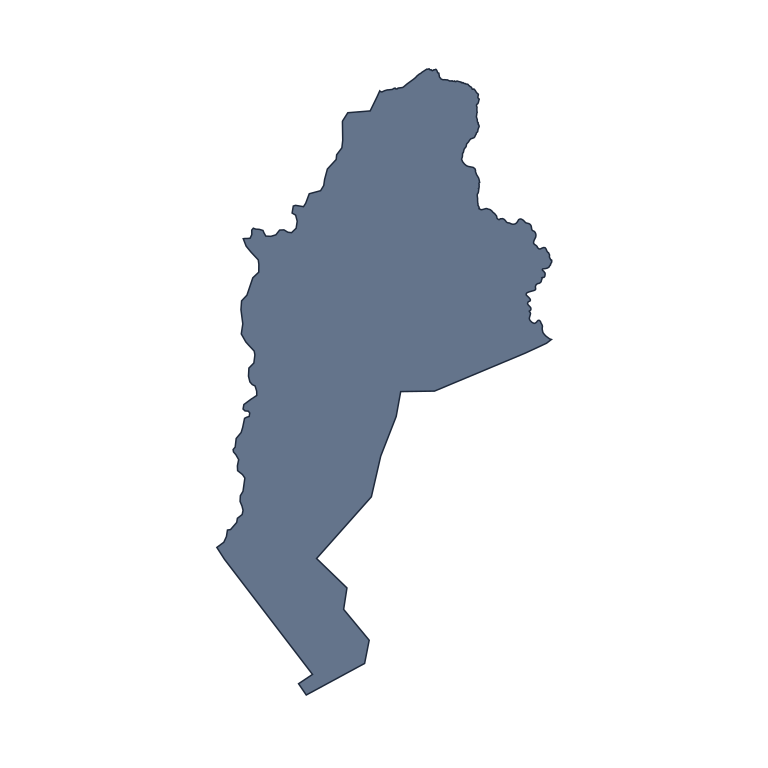 outline of Municipality D, Montevideo, Uruguay, rotated 8°
{"feature_id": "84410073B61220439559316", "entity_name": "Municipality D", "entity_type": "district", "adm_level": 2, "iso_a3": "URY", "parent_name": "Uruguay", "parent_adm1": "Montevideo", "projection": "natural_earth1", "projection_center": [-56.128, -34.798], "detail": "fine", "context": "isolated", "style": "filled", "palette": "slate", "viewbox_px": 768, "rotation_deg": 8, "n_neighbors": 0, "source": "geoboundaries", "source_scale": "gbopen_adm2", "svg_char_len": 6008}
<svg xmlns="http://www.w3.org/2000/svg" viewBox="0 0 768 768"><g transform="rotate(8 384 384)"><path d="M531.1,245.3L531.7,243.7L532.2,243.1L532.4,242.7L532.2,242.2L532.3,241.7L533.0,240.4L533.1,239.7L533.0,238.8L532.9,238.2L532.7,237.9L532.3,238.1L531.9,237.9L530.4,235.7L530.1,235.1L530.0,233.2L528.9,231.5L528.6,231.0L528.1,231.0L527.4,230.4L526.5,229.2L526.0,228.2L525.3,227.3L524.5,226.6L523.8,226.6L522.9,226.7L521.1,227.7L520.4,228.3L519.6,228.6L518.6,228.6L517.7,228.0L516.9,227.4L516.5,226.5L515.4,225.7L513.6,224.8L512.6,223.9L512.4,222.7L512.6,221.0L513.3,218.9L513.8,217.4L513.8,215.8L513.5,214.4L512.7,213.0L511.7,212.0L509.8,211.4L508.9,210.6L508.0,207.7L507.5,206.6L506.5,205.6L505.2,205.0L502.3,204.7L501.5,204.3L499.5,202.7L498.9,202.3L497.1,201.6L496.0,201.6L495.1,202.0L494.4,202.6L493.8,204.2L493.0,205.8L492.4,206.5L491.7,207.1L490.9,207.5L489.4,207.9L487.7,207.7L485.9,207.1L483.9,207.1L483.1,206.8L482.4,206.3L481.7,205.5L480.5,204.5L479.8,204.1L478.4,203.7L477.8,203.9L476.2,204.2L475.2,205.2L474.6,205.2L474.1,205.0L473.0,204.3L472.8,204.0L472.1,202.0L469.8,199.8L468.1,198.9L466.7,197.6L465.0,196.6L464.0,196.4L462.6,196.3L461.7,196.0L460.7,196.0L457.6,197.4L456.1,197.9L455.0,197.7L454.1,197.1L453.7,197.1L453.8,196.5L453.3,195.3L452.1,193.8L452.1,192.6L451.7,191.9L451.5,191.0L451.1,189.1L450.9,187.3L450.1,184.5L450.0,183.0L450.7,181.6L450.8,179.9L450.7,178.4L450.8,177.5L450.4,177.2L450.7,176.8L450.8,176.1L450.7,174.7L450.5,174.3L450.5,173.2L450.1,172.5L450.1,172.0L450.2,171.6L450.7,171.2L449.7,168.3L449.0,166.8L446.4,163.6L446.1,162.9L445.2,161.3L444.9,160.5L445.0,160.1L444.5,158.8L444.0,158.1L442.2,157.1L437.0,156.8L435.2,156.3L433.1,155.0L431.4,153.4L430.9,152.9L429.5,150.5L429.9,148.8L430.0,147.6L429.7,144.8L430.0,144.1L430.3,143.9L430.4,143.3L430.6,140.8L430.7,140.3L431.5,138.8L432.0,138.1L432.3,137.2L432.4,134.9L432.6,134.5L433.9,132.7L434.9,130.5L435.7,129.3L438.8,127.6L439.4,126.8L440.2,124.2L440.5,123.7L440.6,122.3L441.5,121.4L441.7,120.5L441.6,118.8L441.8,118.5L442.0,117.1L442.4,116.0L442.3,115.4L441.9,114.3L441.5,114.1L440.9,113.2L441.1,112.6L440.9,112.1L440.2,111.7L439.6,109.8L439.6,109.2L438.3,106.6L438.3,104.0L438.2,103.3L438.5,102.0L438.1,101.0L437.7,98.8L437.6,96.9L436.9,95.8L436.8,94.7L437.1,94.0L437.7,93.6L438.1,92.8L438.3,91.8L438.5,89.5L438.7,89.0L438.6,88.6L437.4,87.7L437.0,87.0L437.2,84.3L437.0,83.9L436.6,83.5L435.9,83.2L434.9,82.3L434.5,81.9L433.3,80.3L432.9,80.2L432.4,79.8L432.3,79.5L432.1,79.4L431.7,79.4L431.4,79.7L430.4,79.8L430.1,79.4L429.9,78.9L429.2,78.0L428.3,77.5L427.9,77.5L426.8,76.7L426.3,76.5L425.6,75.7L425.1,75.5L423.3,75.5L422.4,75.1L421.7,75.3L421.2,75.1L420.5,74.6L420.1,74.5L419.5,75.0L419.0,74.8L418.5,74.4L418.3,74.6L417.6,74.2L416.1,74.1L414.3,73.8L414.1,73.8L413.5,74.2L413.2,74.5L412.8,74.6L412.5,74.6L411.8,74.1L411.3,74.6L411.0,74.6L409.9,74.5L409.5,74.3L409.2,74.6L408.7,74.4L407.0,74.8L405.9,74.5L404.5,74.0L404.0,74.1L401.6,74.2L400.1,74.5L398.2,74.1L397.9,73.9L397.4,73.2L396.7,72.8L396.3,72.4L395.9,71.4L395.7,70.5L395.3,69.7L395.2,68.9L395.0,68.5L393.8,68.3L393.6,68.0L393.3,67.1L392.8,66.4L392.3,65.7L391.7,65.2L391.3,65.2L390.7,65.8L390.0,65.8L389.6,65.9L389.3,66.4L388.3,66.8L388.2,67.0L387.8,66.9L387.1,66.3L386.8,66.2L386.2,66.5L385.4,66.3L384.8,65.6L383.3,66.3L382.6,66.2L378.2,70.0L376.9,71.5L376.0,72.0L375.4,72.6L373.4,74.8L372.8,75.9L370.6,78.3L365.0,83.7L362.1,87.0L361.1,87.8L357.1,88.9L356.6,89.1L356.3,89.7L355.5,90.0L354.8,90.1L354.1,90.0L354.0,89.5L353.2,89.6L352.2,90.2L351.4,91.1L347.4,92.1L346.3,92.3L343.7,93.5L341.6,94.9L340.9,95.1L339.8,94.9L339.0,94.3L337.2,100.4L332.3,115.5L310.4,120.4L306.5,129.0L306.3,129.9L309.2,148.4L309.4,156.0L305.2,163.6L305.4,168.3L298.0,179.0L296.7,189.7L296.7,195.8L294.3,201.4L283.5,206.0L281.3,215.9L279.6,219.6L271.5,219.4L269.4,220.4L269.2,227.5L273.0,229.1L275.4,234.9L275.3,242.0L271.4,247.0L267.7,247.1L263.5,245.3L259.2,246.1L256.2,251.3L251.5,253.5L246.4,254.0L244.1,251.0L242.8,248.8L239.0,248.2L235.5,248.5L232.9,247.9L231.6,250.0L232.3,254.4L231.1,258.3L228.4,258.9L226.2,259.2L224.4,259.7L228.3,266.7L233.8,271.8L242.2,278.6L243.4,282.9L244.4,290.7L239.3,297.1L235.9,315.1L231.4,321.5L232.0,330.3L235.8,344.1L235.7,354.3L241.3,361.6L244.6,364.4L250.9,369.5L252.1,373.2L252.2,381.3L248.0,387.0L248.7,395.1L250.9,400.6L253.6,402.9L256.6,403.9L258.9,408.8L259.6,413.0L254.3,417.7L248.1,423.8L247.9,428.4L250.1,430.0L253.4,429.8L255.1,431.4L255.0,434.9L252.5,436.1L250.7,437.4L250.1,446.6L249.3,451.9L245.2,458.5L245.4,467.2L243.7,469.9L244.4,472.2L247.2,474.7L250.6,479.1L250.2,485.5L251.1,490.2L256.5,493.4L259.3,496.5L259.3,509.9L257.3,514.6L257.8,520.3L260.4,524.7L262.0,528.7L261.7,533.0L257.5,537.4L257.4,541.6L252.3,549.5L249.3,550.4L249.2,557.0L247.4,563.0L241.2,569.1L250.5,579.9L353.6,681.5L341.1,692.7L350.3,702.8L403.7,663.4L405.0,639.8L375.4,612.8L375.7,591.1L341.5,566.2L387.2,497.5L390.8,455.9L400.6,414.5L401.6,389.2L435.0,384.0L519.7,333.7L539.3,321.0L543.6,316.6L542.4,316.4L541.6,316.2L537.8,314.1L536.0,312.7L534.2,310.9L533.1,307.9L532.9,306.7L532.9,304.8L532.5,303.8L531.9,302.9L531.1,301.9L530.4,300.6L529.7,299.8L528.7,299.3L527.7,299.6L527.0,300.5L526.4,301.6L525.7,302.3L525.0,302.8L524.2,303.1L522.0,302.4L520.1,301.0L519.3,300.1L518.8,299.1L518.8,297.9L519.2,295.1L519.3,293.8L518.8,292.8L517.9,292.1L517.7,291.6L518.9,290.5L519.1,289.7L519.0,288.9L518.6,287.9L515.6,285.4L515.0,284.6L515.0,283.9L515.3,282.7L515.8,282.2L516.5,281.9L517.2,281.3L517.3,280.5L517.0,279.7L516.3,279.0L515.4,278.2L512.6,276.2L512.3,275.4L512.4,274.5L513.0,273.7L514.6,272.7L519.4,270.6L520.3,270.1L520.9,269.4L520.9,268.4L520.4,266.8L520.4,266.1L520.8,264.6L522.1,263.2L523.5,262.8L524.2,262.3L525.0,261.5L525.4,260.6L525.6,258.6L525.9,257.8L525.8,257.2L525.5,256.9L525.9,256.5L527.1,256.3L527.6,256.1L528.0,255.5L528.3,254.8L528.3,253.1L528.2,252.4L528.0,251.6L527.4,251.2L526.5,250.1L525.3,249.5L524.9,248.9L524.9,248.4L525.2,247.9L528.0,247.2L529.8,246.4L531.1,245.3Z" fill="#64748b" stroke="#1e293b" stroke-width="1.5"/></g></svg>